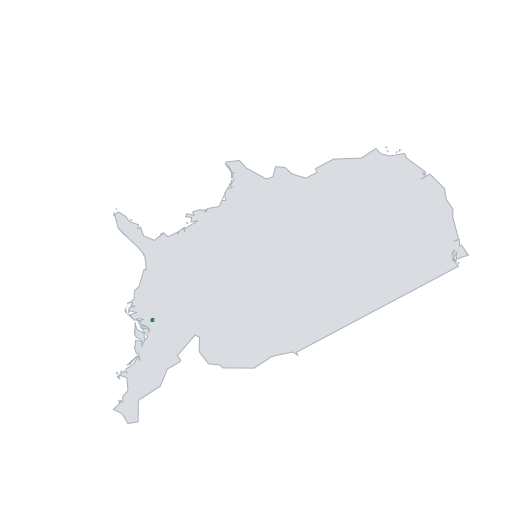 Fluvanna, Virginia, United States of America shown in context, rotated 152°
{"feature_id": "52423323B11233597395772", "entity_name": "Fluvanna", "entity_type": "district", "adm_level": 2, "iso_a3": "USA", "parent_name": "United States of America", "parent_adm1": "Virginia", "projection": "natural_earth1", "projection_center": [-78.273, 37.848], "detail": "fine", "context": "in_parent", "style": "filled", "palette": "green", "viewbox_px": 512, "rotation_deg": 152, "n_neighbors": 0, "source": "geoboundaries", "source_scale": "gbopen_adm2", "svg_char_len": 4035}
<svg xmlns="http://www.w3.org/2000/svg" viewBox="0 0 512 512"><g transform="rotate(152 256 256)"><path d="M401.7,186.0L427.7,183.7L437.9,164.9L447.7,168.2L448.3,179.8L454.1,187.5L444.3,190.3L443.8,192.4L442.1,189.7L439.8,194.3L432.1,197.5L427.2,209.1L431.6,214.0L434.5,213.4L433.7,211.3L434.6,212.3L434.9,214.7L426.5,216.4L424.9,213.7L424.1,217.3L414.4,218.1L407.2,222.8L407.9,220.1L407.2,218.4L405.3,224.7L407.3,225.8L406.6,231.2L401.8,238.0L396.6,233.7L399.7,229.5L396.2,232.4L397.6,237.2L399.7,240.0L400.1,243.0L393.9,254.2L395.8,247.1L391.0,240.5L394.2,233.6L389.3,235.7L391.0,246.0L386.4,242.9L384.8,243.2L386.2,240.0L386.2,239.0L384.6,241.5L384.5,243.7L391.6,247.7L390.0,249.5L386.8,245.9L385.6,245.3L389.6,249.6L391.3,250.5L390.3,253.1L388.1,251.1L391.5,255.0L390.7,255.6L389.0,253.5L384.7,252.6L390.0,256.4L393.5,256.2L396.8,265.8L393.9,258.5L394.8,263.2L388.3,262.2L393.0,266.9L395.3,265.6L392.3,269.9L386.2,268.4L389.9,270.6L386.7,272.8L390.5,274.4L383.6,275.3L379.9,282.3L373.4,284.2L361.0,296.8L359.4,295.3L354.6,306.9L354.2,309.8L356.0,318.6L364.6,344.8L361.3,358.7L356.7,359.5L352.4,352.1L351.6,345.9L345.2,338.8L347.5,335.6L344.3,335.7L345.8,326.6L338.4,317.5L326.6,319.6L324.7,314.3L313.2,313.9L314.7,311.8L312.6,313.9L307.4,314.8L307.4,310.7L306.5,313.6L290.6,314.4L297.3,316.4L294.8,320.2L299.8,323.8L297.2,325.8L291.7,320.9L291.2,324.7L283.4,323.1L279.2,318.3L276.5,320.7L265.2,317.0L258.4,322.2L260.1,320.8L256.6,319.4L254.5,325.9L247.4,330.1L249.1,328.8L244.5,328.2L246.0,330.4L240.6,333.1L238.2,340.3L235.9,339.1L237.9,341.1L237.9,347.7L239.9,351.7L238.3,353.1L225.7,348.0L223.3,338.3L210.7,319.1L203.9,318.0L196.8,325.6L188.9,320.6L185.7,311.7L175.5,301.3L162.8,301.2L162.5,305.2L142.2,305.2L117.0,293.0L99.6,294.6L97.9,287.9L91.2,281.6L76.6,276.7L77.1,271.9L67.0,250.7L67.7,248.5L69.9,251.3L68.9,246.7L74.5,246.3L64.1,246.8L57.9,227.1L61.4,216.6L60.2,204.9L64.2,197.3L69.3,175.6L74.4,176.1L68.8,175.1L71.5,169.2L69.5,169.3L68.1,157.1L80.6,159.2L76.9,165.6L81.9,161.1L80.5,166.4L77.3,167.7L79.4,167.9L82.2,165.7L84.0,160.3L82.0,151.9L265.4,152.0L265.7,148.8L268.8,154.1L289.1,159.9L310.1,157.8L337.9,172.8L339.0,176.7L348.5,183.0L351.1,198.3L343.9,210.7L347.0,214.8L372.2,205.0L371.3,199.2L373.6,198.2L387.4,197.8L401.7,186.0ZM417.3,220.7L421.5,220.1L406.9,223.8L418.9,219.3L417.3,220.7ZM82.0,157.1L83.1,160.5L82.9,161.0L81.0,158.5L82.0,157.1ZM239.7,350.5L238.3,344.7L238.6,341.4L238.7,344.9L239.7,350.5ZM445.3,190.7L445.3,192.5L444.6,192.1L445.3,190.7ZM279.3,320.0L279.6,321.3L278.3,320.3L279.3,320.0ZM81.9,282.0L83.7,281.3L83.8,281.5L81.9,282.0ZM80.1,281.5L79.3,282.5L78.8,281.6L80.1,281.5ZM430.3,216.6L429.2,217.8L428.9,217.5L430.3,216.6ZM239.7,338.4L238.6,341.0L241.2,335.9L239.7,338.4ZM362.1,336.2L363.7,341.4L361.8,335.7L362.1,336.2ZM90.3,286.3L91.0,287.7L90.2,286.4L90.3,286.3ZM362.1,359.5L360.6,361.1L363.0,357.7L362.1,359.5ZM397.4,269.1L395.8,271.0L397.1,266.2L397.4,269.1ZM80.8,154.3L80.6,155.3L80.0,154.8L80.8,154.3ZM246.0,331.4L243.5,332.6L246.1,331.0L246.0,331.4ZM434.3,217.2L434.3,218.4L433.0,218.1L434.3,217.2ZM89.9,290.2L90.3,291.9L89.6,290.4L89.9,290.2ZM242.9,333.6L241.8,334.3L242.7,333.2L242.9,333.6ZM399.4,245.2L397.8,247.9L399.7,244.1L399.4,245.2ZM257.6,323.4L255.9,324.4L258.3,322.6L257.6,323.4ZM354.9,308.3L354.5,310.4L354.4,309.0L354.9,308.3ZM391.1,274.7L390.5,275.1L392.1,273.5L391.1,274.7ZM330.8,319.2L328.9,320.3L328.1,320.1L330.8,319.2ZM306.6,314.4L306.3,314.8L305.1,314.7L306.6,314.4ZM349.5,346.1L349.7,347.6L349.1,345.8L349.5,346.1ZM301.5,317.4L301.1,318.8L301.1,316.3L301.5,317.4ZM357.6,363.1L356.5,363.2L358.0,362.8L357.6,363.1ZM406.3,232.1L405.5,233.4L406.5,231.5L406.3,232.1ZM394.5,271.5L393.8,271.9L393.7,271.9L394.5,271.5Z" fill="#d9dde1" stroke="#a8b0b8" stroke-width="1"/><path d="M377.7,249.4L377.8,249.3L378.1,249.0L378.3,248.9L379.0,247.6L378.2,247.2L377.9,247.0L377.8,246.9L377.5,246.8L377.2,246.7L377.2,246.8L376.0,248.5L376.1,248.8L376.4,249.0L376.7,249.1L377.0,249.2L377.4,249.3L377.5,249.4L377.7,249.4Z" fill="#22c55e" stroke="#15803d" stroke-width="1.5"/></g></svg>